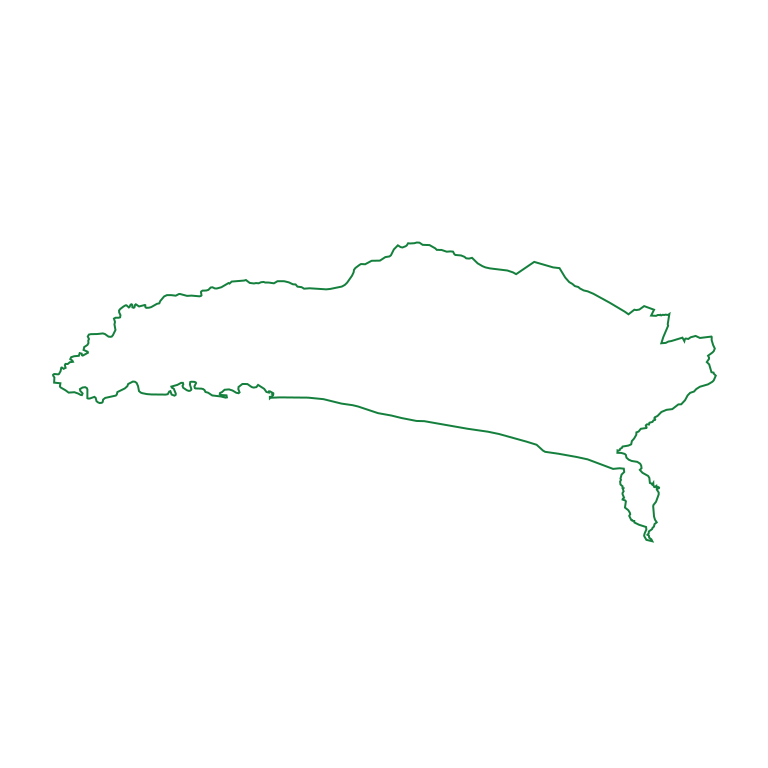 the district of Viterbo, Caldas, Colombia, rotated 93°
{"feature_id": "7082276B24939675265994", "entity_name": "Viterbo", "entity_type": "district", "adm_level": 2, "iso_a3": "COL", "parent_name": "Colombia", "parent_adm1": "Caldas", "projection": "equal_earth", "projection_center": [-75.869, 5.037], "detail": "fine", "context": "isolated", "style": "outline", "palette": "green", "viewbox_px": 768, "rotation_deg": 93, "n_neighbors": 0, "source": "geoboundaries", "source_scale": "gbopen_adm2", "svg_char_len": 6128}
<svg xmlns="http://www.w3.org/2000/svg" viewBox="0 0 768 768"><g transform="rotate(93 384 384)"><path d="M462.0,115.4L459.1,121.3L456.4,124.0L454.6,122.4L452.0,122.9L450.2,124.0L448.5,127.0L447.9,132.6L446.8,135.6L444.9,138.0L442.1,138.8L441.2,140.0L440.4,143.5L440.5,147.3L438.1,147.3L438.3,146.6L437.6,145.1L436.3,144.7L435.5,143.2L434.0,142.5L432.7,136.7L431.3,134.0L428.0,133.5L425.4,131.4L421.5,129.4L419.1,129.4L418.2,127.3L415.3,125.2L414.2,119.7L413.5,119.5L412.0,120.4L411.1,120.0L410.5,119.2L410.6,117.3L408.8,116.9L407.8,113.9L406.2,113.0L405.7,111.5L405.1,111.3L403.9,112.2L403.1,111.8L401.6,109.2L397.4,105.5L395.0,100.5L394.0,94.8L389.0,89.0L388.7,86.1L384.4,82.5L379.5,80.2L376.8,77.8L375.3,74.0L372.7,71.9L370.2,68.4L367.4,60.4L364.5,56.1L363.1,54.9L358.3,53.1L356.4,55.2L355.4,55.5L355.1,57.6L347.4,60.3L345.2,62.8L342.0,60.8L340.6,60.8L338.8,61.9L335.4,57.7L333.9,56.4L331.3,55.5L327.8,57.4L323.0,59.1L319.9,59.2L319.5,59.5L321.5,70.9L319.7,75.3L321.3,80.2L323.1,82.5L322.8,85.0L323.5,85.9L325.5,86.3L322.1,88.4L326.1,99.4L326.7,102.2L328.2,104.8L328.8,109.2L322.4,107.5L310.9,103.3L309.5,103.8L299.2,102.7L300.2,103.9L300.0,106.4L300.4,107.6L300.3,109.3L301.0,110.8L300.4,111.7L300.8,112.2L300.7,114.0L301.7,115.9L301.7,120.8L295.7,118.2L292.6,128.3L296.3,132.9L297.0,136.0L296.7,137.9L301.6,143.5L299.2,147.3L291.2,162.5L282.9,179.7L280.8,185.5L280.1,189.5L278.3,193.4L277.0,195.0L276.2,198.6L274.2,201.1L272.6,204.3L268.2,208.6L259.1,214.8L258.7,221.2L254.2,240.4L267.4,257.8L265.8,261.0L264.2,266.8L263.0,284.3L262.2,289.0L261.1,292.0L258.6,296.8L253.4,302.7L254.3,305.6L254.2,308.5L252.8,310.3L251.6,313.8L251.4,319.5L250.7,320.5L248.2,322.0L248.1,324.6L248.6,328.3L247.1,333.6L247.3,338.3L245.8,340.0L242.9,345.8L243.0,352.7L241.0,356.0L241.0,358.7L241.8,361.0L242.3,365.3L242.2,367.3L244.4,368.5L245.3,369.6L246.7,372.7L246.4,374.6L244.8,377.4L249.1,381.2L255.1,383.8L256.3,385.2L257.2,389.3L261.0,394.5L261.6,402.8L265.4,409.1L265.4,413.2L266.2,414.5L269.6,418.6L271.5,419.9L274.1,420.2L277.5,421.6L284.7,426.1L287.1,428.3L288.9,431.2L291.9,442.7L292.5,446.6L292.3,463.4L293.0,468.8L291.6,471.4L291.3,475.5L289.2,477.5L289.2,480.2L287.5,484.3L286.6,489.0L286.9,495.7L289.2,499.2L288.7,504.8L288.9,507.9L288.4,509.5L288.8,512.1L290.0,514.5L289.9,517.1L290.4,519.1L290.1,523.4L287.4,527.3L288.0,529.0L289.7,541.5L291.8,543.5L291.3,544.5L295.9,551.5L297.4,556.1L297.4,558.0L296.4,560.3L296.7,562.1L299.2,564.3L300.0,566.6L300.2,570.0L301.0,571.2L301.7,571.6L305.0,570.9L305.7,571.5L306.1,572.9L305.8,580.8L306.3,585.3L304.8,592.4L304.9,593.5L306.7,596.6L306.4,600.9L306.6,605.4L308.1,608.2L312.9,611.8L315.2,612.6L315.8,614.9L319.4,620.5L320.1,622.7L320.4,625.4L319.5,626.4L317.8,626.5L317.6,626.9L319.4,632.7L317.4,636.0L318.2,636.8L320.4,637.2L321.0,637.9L320.6,639.3L318.3,639.5L317.6,640.2L318.0,641.2L320.3,642.1L320.9,642.8L318.9,645.3L319.0,646.3L320.4,648.4L322.9,651.3L324.4,652.4L326.4,652.2L329.0,650.8L331.2,651.0L331.7,652.3L331.9,655.6L332.8,657.1L336.1,655.9L338.6,656.3L344.1,655.0L349.5,657.3L350.9,658.4L351.2,659.7L351.1,661.6L348.7,665.3L348.2,667.4L349.1,673.0L349.6,679.6L350.1,681.3L352.1,682.3L354.5,681.0L356.2,681.6L358.6,681.3L360.5,682.2L362.8,685.3L365.7,685.8L367.3,681.6L368.3,681.3L371.4,686.3L371.1,687.1L369.5,687.5L369.1,689.5L371.8,690.2L372.5,694.9L373.6,697.8L375.6,698.6L376.9,696.5L378.1,695.8L378.7,698.9L380.6,700.9L380.6,703.1L381.9,703.7L384.5,702.8L385.6,704.7L384.4,706.6L384.6,707.1L388.2,707.7L391.0,709.1L391.4,709.8L391.3,713.9L392.1,714.9L393.0,714.8L394.7,713.5L399.9,713.5L400.2,707.2L403.5,707.5L404.4,706.7L406.9,701.8L409.1,698.5L408.4,692.8L409.5,689.0L410.8,686.3L410.9,685.1L409.2,684.5L406.7,687.0L405.0,687.4L403.3,684.9L402.8,682.2L403.7,680.5L405.1,679.9L413.7,679.5L414.0,678.8L413.9,677.1L412.0,672.5L413.0,671.2L416.2,670.2L417.2,668.9L417.9,666.9L417.5,664.8L416.7,664.0L414.3,663.7L412.5,661.7L409.6,651.2L408.5,650.3L406.0,649.8L402.0,642.6L399.6,640.2L397.4,639.5L394.7,634.9L394.8,632.8L395.9,631.1L399.0,629.5L403.9,628.3L405.3,626.5L405.8,625.0L406.5,620.1L406.6,615.7L406.0,601.4L405.5,599.4L402.8,598.1L402.3,597.0L405.7,595.5L406.6,592.6L405.8,591.5L404.6,591.4L399.7,593.7L398.7,595.7L397.7,596.2L395.7,590.3L393.5,586.7L393.4,584.9L394.8,584.4L396.5,585.1L398.3,584.3L400.6,580.4L401.1,578.5L400.9,577.4L400.0,576.3L399.2,576.1L394.7,577.8L392.2,577.6L391.8,576.6L391.8,573.4L392.2,572.2L392.9,571.7L396.2,573.2L398.0,572.7L398.3,572.0L398.2,566.0L398.5,564.4L399.5,562.9L401.3,561.9L401.9,559.2L404.4,555.0L405.0,546.0L405.9,541.5L405.6,540.2L403.6,540.7L403.5,546.1L402.7,547.5L401.5,547.2L400.6,545.4L398.1,542.9L397.5,538.5L398.4,535.0L400.5,531.0L400.8,528.7L399.9,527.8L396.8,529.2L394.6,529.1L391.4,525.4L391.2,520.4L394.0,515.9L394.4,514.0L393.8,511.3L391.5,509.7L395.1,503.4L398.1,501.0L398.6,498.5L397.4,498.5L397.3,497.6L399.0,494.1L399.6,494.0L400.0,494.9L400.4,494.2L401.1,494.2L402.7,496.0L402.8,497.3L404.2,497.2L403.7,496.7L402.8,487.2L401.6,459.1L402.3,443.7L405.8,425.4L406.8,414.2L407.8,408.8L413.4,388.5L415.1,375.0L417.1,364.5L419.2,349.6L419.0,341.9L424.3,298.4L426.2,277.7L427.9,266.6L434.1,238.7L436.7,228.4L442.2,221.7L443.3,219.5L444.5,206.2L446.8,187.8L448.6,176.7L456.8,150.8L455.8,144.3L456.0,140.1L459.3,139.5L462.0,142.0L466.2,142.9L467.3,142.3L469.1,143.1L472.0,142.6L473.7,140.4L475.4,140.4L475.6,139.4L476.4,139.9L478.7,139.1L480.4,140.1L481.6,140.0L485.0,138.3L486.1,139.5L486.9,139.7L487.7,137.0L488.5,136.3L494.8,136.9L497.2,133.5L499.6,131.8L501.1,131.3L502.9,132.2L506.8,130.0L506.9,129.1L507.6,128.8L507.7,126.9L509.2,126.7L511.2,122.0L513.1,114.8L515.6,114.4L519.6,115.9L521.8,116.3L522.6,116.0L525.9,113.8L527.0,107.8L525.1,108.9L523.6,111.1L521.5,111.6L520.8,113.0L519.4,111.9L517.4,111.8L514.9,108.7L513.6,108.3L512.3,107.0L509.7,106.5L507.9,104.4L505.3,106.3L502.2,107.4L491.9,108.8L490.6,108.5L487.4,106.2L479.9,103.9L478.0,104.0L475.1,106.1L474.5,106.0L473.7,104.0L473.0,103.9L472.4,105.1L472.8,106.5L471.5,106.7L472.8,108.3L472.7,108.8L470.8,109.7L468.7,109.9L470.4,110.9L469.2,112.1L468.9,113.3L463.9,114.1L462.0,115.4Z" fill="none" stroke="#15803d" stroke-width="2"/></g></svg>